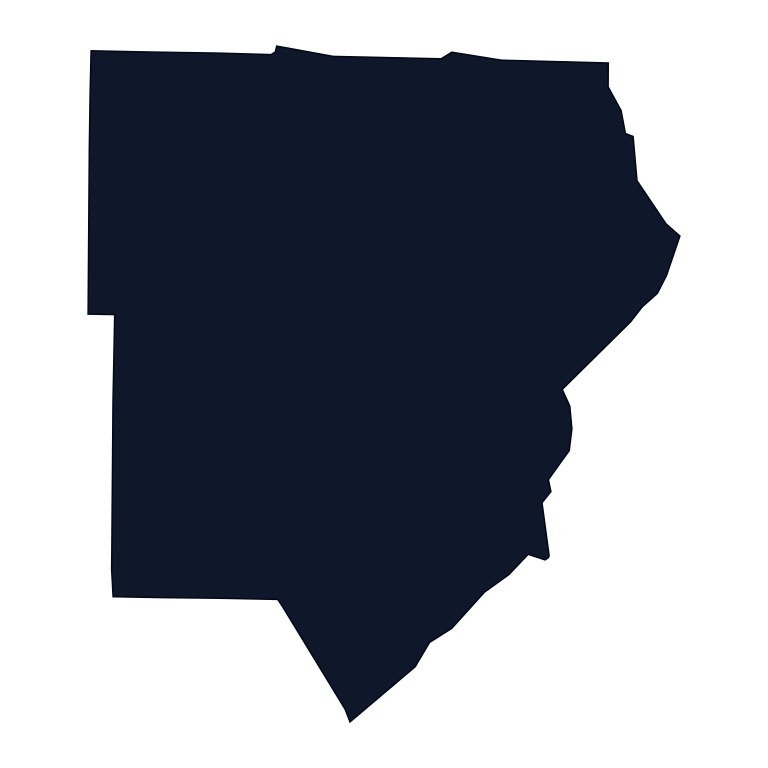 Cobb, Georgia, United States of America (Natural Earth projection)
{"feature_id": "52423323B33161385317476", "entity_name": "Cobb", "entity_type": "district", "adm_level": 2, "iso_a3": "USA", "parent_name": "United States of America", "parent_adm1": "Georgia", "projection": "natural_earth1", "projection_center": [-84.542, 33.913], "detail": "fine", "context": "isolated", "style": "filled", "palette": "ink", "viewbox_px": 768, "rotation_deg": 0, "n_neighbors": 0, "source": "geoboundaries", "source_scale": "gbopen_adm2", "svg_char_len": 794}
<svg xmlns="http://www.w3.org/2000/svg" viewBox="0 0 768 768"><path d="M91.1,50.8L90.1,94.7L89.3,149.6L88.1,314.1L114.7,314.6L113.0,402.0L111.8,554.0L111.6,568.9L113.1,596.7L162.0,597.6L217.5,598.2L277.7,599.4L282.1,605.9L345.2,709.4L350.0,721.9L415.1,666.8L429.6,642.4L451.8,628.3L484.4,592.2L509.1,574.4L528.1,554.3L545.2,559.9L548.5,557.5L549.1,555.5L542.0,502.7L550.9,491.6L548.4,479.7L562.6,459.7L569.2,450.7L571.9,428.9L569.8,406.1L562.2,389.4L630.6,321.8L642.2,306.9L657.4,293.3L666.5,275.5L679.9,236.1L666.0,223.8L637.0,180.7L633.1,136.5L625.4,133.5L621.1,110.6L608.1,86.8L608.3,63.0L501.5,60.2L451.8,52.2L441.1,58.8L414.2,58.2L360.6,57.0L360.3,57.0L333.2,56.4L276.7,46.1L275.3,52.0L271.1,54.6L218.6,53.1L148.7,52.0L91.1,50.8Z" fill="#0f172a" stroke="#020617" stroke-width="1.5"/></svg>